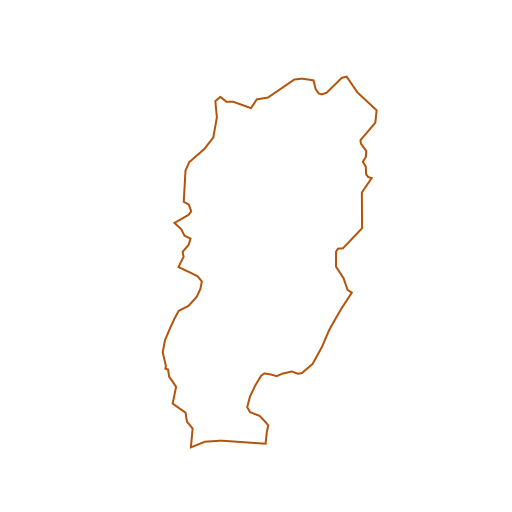 Durham, Equal Earth projection, rotated 115°
{"feature_id": "GBR-2029", "entity_name": "Durham", "entity_type": "Unitary Single-Tier County", "adm_level": 1, "iso_a3": "GBR", "parent_name": "United Kingdom", "parent_adm1": "", "projection": "equal_earth", "projection_center": [-1.775, 54.677], "detail": "fine", "context": "isolated", "style": "outline", "palette": "amber", "viewbox_px": 512, "rotation_deg": 115, "n_neighbors": 0, "source": "natural_earth", "source_scale": "10m", "svg_char_len": 1402}
<svg xmlns="http://www.w3.org/2000/svg" viewBox="0 0 512 512"><g transform="rotate(115 256 256)"><path d="M422.1,168.0L438.1,209.6L445.9,223.8L456.9,234.1L455.4,234.7L439.2,240.5L435.3,248.6L427.8,253.6L425.0,269.2L408.4,273.1L405.1,278.5L402.1,283.7L396.0,287.8L396.4,290.5L393.7,291.2L382.8,299.8L370.8,302.9L356.3,303.4L347.2,303.4L338.4,302.9L329.7,296.1L318.0,292.5L309.3,292.5L302.0,294.3L299.1,300.2L298.8,308.8L298.8,316.5L298.8,321.6L287.3,321.3L283.2,324.3L274.4,321.8L267.9,322.7L267.8,329.4L263.3,335.1L260.5,343.9L247.0,334.4L242.9,333.6L237.8,338.6L237.4,344.4L208.4,356.0L199.2,356.2L180.7,348.0L166.7,344.8L147.0,350.0L132.8,358.3L126.9,355.6L128.7,347.8L125.9,342.1L124.1,323.0L113.7,321.5L107.3,312.1L79.9,295.9L75.8,289.2L72.5,278.1L79.6,272.4L82.2,267.9L81.7,264.6L78.0,260.9L58.4,253.6L55.1,249.7L64.9,233.2L73.0,208.2L84.8,204.2L106.9,210.3L109.8,208.4L114.2,200.5L119.7,198.3L125.4,199.0L128.6,194.3L135.3,190.8L137.0,187.8L136.6,184.1L153.7,186.9L186.0,171.6L212.4,180.5L214.7,184.8L218.2,185.3L231.8,179.0L239.1,167.3L248.1,158.6L248.7,153.7L268.4,156.5L291.7,158.4L310.5,157.8L330.0,159.1L336.5,162.1L342.7,164.9L345.0,168.2L345.5,174.7L351.6,182.5L356.1,186.4L357.2,192.9L358.9,198.7L362.2,200.7L373.9,202.0L386.1,202.0L396.7,200.1L400.0,195.5L399.4,185.1L402.7,176.6L404.3,173.4L412.1,171.4L418.0,169.4L422.1,168.0Z" fill="none" stroke="#b45309" stroke-width="2"/></g></svg>